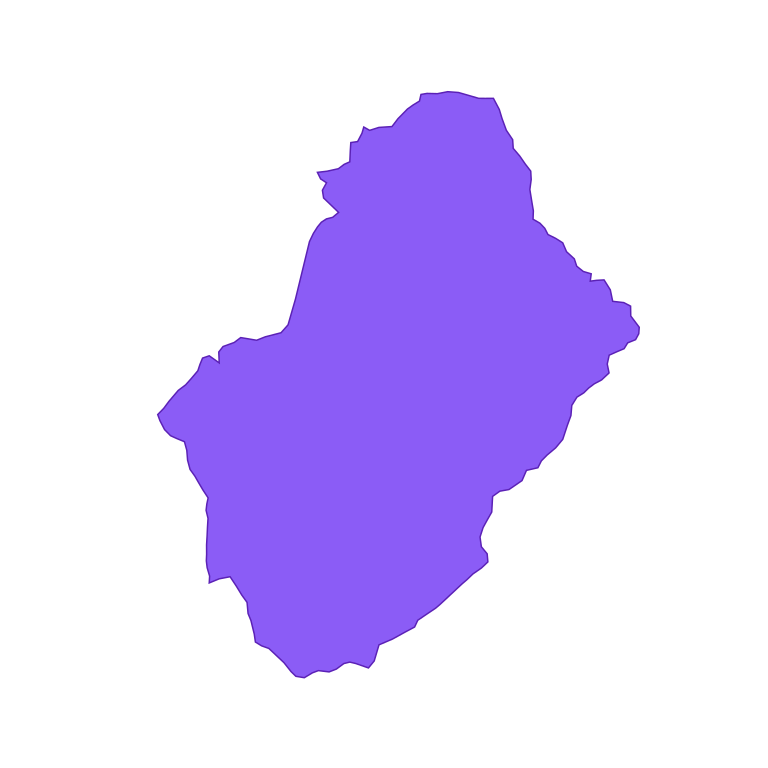 Cristais Paulista, São Paulo, Brazil, rotated 323°
{"feature_id": "56859067B55883287614463", "entity_name": "Cristais Paulista", "entity_type": "district", "adm_level": 2, "iso_a3": "BRA", "parent_name": "Brazil", "parent_adm1": "São Paulo", "projection": "albers", "projection_center": [-47.398, -20.367], "detail": "fine", "context": "isolated", "style": "filled", "palette": "violet", "viewbox_px": 768, "rotation_deg": 323, "n_neighbors": 0, "source": "geoboundaries", "source_scale": "gbopen_adm2", "svg_char_len": 2403}
<svg xmlns="http://www.w3.org/2000/svg" viewBox="0 0 768 768"><g transform="rotate(323 384 384)"><path d="M643.3,221.7L636.7,216.8L631.5,212.8L624.7,203.7L618.9,196.0L610.8,188.9L601.4,184.3L593.2,177.8L587.8,175.0L582.6,179.4L575.4,178.7L568.3,178.5L562.4,179.4L554.9,180.5L545.3,183.2L534.3,176.0L525.2,172.8L522.5,166.6L517.3,170.5L508.8,174.5L502.8,171.2L497.5,177.4L490.4,186.0L484.4,184.6L477.1,184.6L466.6,179.8L458.2,174.9L456.8,182.1L459.2,188.7L451.4,192.2L447.7,199.1L451.0,219.6L443.3,220.0L437.4,217.5L431.3,217.1L425.5,218.5L418.3,221.2L410.2,225.4L364.4,262.9L343.0,279.0L332.6,281.1L317.7,274.9L308.6,272.4L301.8,265.2L297.5,260.7L289.4,260.7L278.0,257.2L271.3,259.0L265.1,268.0L261.4,256.3L254.7,254.1L248.8,257.6L243.3,261.4L233.6,263.6L225.1,265.3L215.8,265.3L201.9,268.4L193.4,270.9L184.9,272.2L183.0,278.4L181.3,288.4L182.4,296.8L185.6,302.7L189.9,310.0L186.6,318.3L181.3,326.6L177.7,335.5L177.5,343.8L176.5,351.8L175.6,359.8L175.0,369.1L170.3,373.2L165.9,377.8L162.6,385.4L156.7,392.3L151.5,398.6L145.4,405.8L139.9,413.2L135.7,418.3L132.2,424.3L129.1,432.5L124.7,437.7L135.1,440.4L145.1,445.3L144.4,456.7L143.4,466.9L143.2,476.0L137.3,485.5L135.4,492.8L129.9,505.6L126.0,512.7L128.7,519.5L132.9,525.9L134.8,537.0L136.4,546.3L136.7,557.8L137.7,564.4L143.6,570.6L153.0,571.6L159.1,573.4L166.9,580.9L174.4,583.0L183.7,583.1L189.3,585.5L193.2,590.2L200.7,601.4L209.5,599.3L223.0,589.3L237.3,592.8L251.3,594.8L262.2,596.5L268.8,593.0L277.2,593.4L290.5,594.1L296.7,593.7L319.3,591.3L326.1,590.6L332.3,590.2L340.8,589.2L351.1,589.6L359.9,588.6L364.2,581.7L363.8,572.6L368.6,564.0L376.7,558.3L384.9,554.6L393.0,551.1L403.1,539.1L412.0,539.3L420.3,543.5L436.1,544.2L445.8,538.7L456.5,543.5L463.4,540.1L471.4,538.9L482.6,538.3L493.4,535.8L505.8,527.2L514.3,521.7L521.1,514.1L530.2,510.6L538.3,511.3L545.0,510.4L552.0,510.4L560.3,511.7L570.4,510.6L574.3,502.4L581.2,496.5L589.9,498.5L597.0,500.3L603.4,497.8L611.6,500.0L617.7,497.2L622.0,492.3L622.0,478.2L627.8,470.2L624.5,463.3L616.4,455.6L621.4,445.0L622.4,433.3L616.1,429.1L610.6,426.0L615.8,420.7L610.9,414.1L608.8,405.9L611.3,398.6L609.4,388.2L611.7,378.8L608.7,370.9L604.9,363.3L606.1,356.4L605.3,349.4L602.2,342.1L607.5,335.6L611.7,327.5L617.5,316.5L624.6,309.3L629.3,302.3L629.2,293.3L629.6,283.7L629.0,273.6L633.8,266.3L634.4,255.0L638.0,243.1L641.3,234.1L643.3,221.7Z" fill="#8b5cf6" stroke="#5b21b6" stroke-width="1.5"/></g></svg>